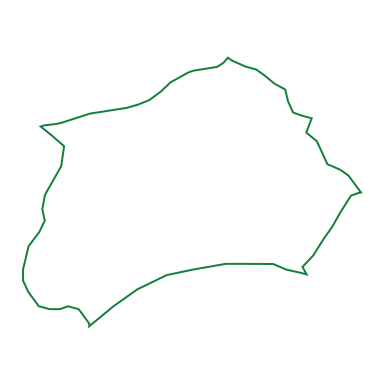 the district of Tokchon City, P'yŏngan-namdo, North Korea
{"feature_id": "82179303B91694454499505", "entity_name": "Tokchon City", "entity_type": "district", "adm_level": 2, "iso_a3": "PRK", "parent_name": "North Korea", "parent_adm1": "P'yŏngan-namdo", "projection": "mercator", "projection_center": [126.309, 39.767], "detail": "fine", "context": "isolated", "style": "outline", "palette": "green", "viewbox_px": 384, "rotation_deg": 0, "n_neighbors": 0, "source": "geoboundaries", "source_scale": "gbopen_adm2", "svg_char_len": 939}
<svg xmlns="http://www.w3.org/2000/svg" viewBox="0 0 384 384"><path d="M31.5,296.3L38.8,306.2L49.4,309.1L60.1,309.1L68.1,306.3L78.7,309.2L89.2,323.5L89.2,326.3L113.3,306.4L137.4,289.3L166.7,275.1L193.4,269.5L225.4,263.9L249.3,263.9L273.2,264.0L286.5,269.7L299.8,272.6L306.6,274.4L302.5,266.9L313.2,255.5L324.0,238.4L332.1,227.0L340.2,212.7L351.0,195.6L359.0,192.8L361.0,192.5L348.5,175.6L340.5,169.9L327.3,164.1L322.1,152.6L316.8,141.2L306.3,132.6L311.7,118.3L301.1,115.4L293.1,112.5L287.9,101.0L285.3,89.6L274.7,83.8L264.2,75.2L256.2,69.5L245.6,66.6L232.4,60.8L227.9,57.7L223.3,63.0L217.0,66.9L193.2,70.7L187.7,72.8L170.7,82.2L160.7,91.7L149.4,100.0L137.8,104.7L126.5,107.9L90.0,113.6L62.7,122.4L56.8,123.9L44.1,125.4L40.7,126.5L50.8,134.7L64.1,146.2L61.2,166.2L53.1,180.5L45.0,194.8L42.3,209.1L44.8,220.5L39.4,231.9L28.6,246.2L25.9,257.6L23.1,269.0L23.0,280.5L28.3,291.9L31.5,296.3Z" fill="none" stroke="#15803d" stroke-width="2"/></svg>